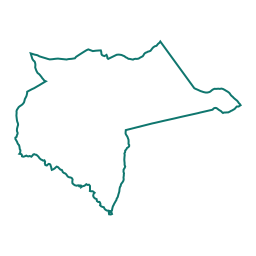 Juti, Mato Grosso do Sul, Brazil (orthographic projection)
{"feature_id": "56859067B65010940731000", "entity_name": "Juti", "entity_type": "district", "adm_level": 2, "iso_a3": "BRA", "parent_name": "Brazil", "parent_adm1": "Mato Grosso do Sul", "projection": "orthographic", "projection_center": [-54.491, -22.818], "detail": "fine", "context": "isolated", "style": "outline", "palette": "teal", "viewbox_px": 256, "rotation_deg": 0, "n_neighbors": 0, "source": "geoboundaries", "source_scale": "gbopen_adm2", "svg_char_len": 4320}
<svg xmlns="http://www.w3.org/2000/svg" viewBox="0 0 256 256"><path d="M110.8,214.5L112.0,214.0L111.5,212.5L110.1,212.1L110.9,211.0L111.9,210.6L112.2,209.1L112.5,207.7L112.9,206.3L113.6,205.1L114.0,204.1L115.7,201.1L116.4,200.0L116.7,198.6L117.6,197.3L118.1,195.7L118.4,194.4L118.9,192.9L119.3,191.5L119.5,189.5L119.7,188.1L120.0,187.0L120.7,185.9L120.9,184.6L121.4,183.6L122.4,182.4L123.4,180.7L123.7,179.3L123.5,177.5L123.8,175.6L123.8,174.5L124.0,173.3L123.5,171.9L123.6,169.6L124.6,168.0L125.2,166.6L124.6,164.9L124.6,162.9L124.4,161.1L124.3,159.7L124.4,158.1L124.5,156.7L124.7,155.0L124.4,153.4L125.1,152.2L125.2,150.6L126.3,149.4L127.0,148.0L128.3,147.2L129.1,146.3L129.2,145.0L128.5,143.9L128.6,141.7L128.5,139.7L127.8,137.8L127.3,136.5L126.5,135.4L125.6,133.7L125.6,132.2L125.8,130.1L152.4,123.4L154.3,123.0L157.8,122.2L164.7,120.6L174.2,118.5L181.0,116.9L198.1,113.1L200.4,112.5L212.6,109.7L213.3,108.8L214.3,108.1L215.4,107.9L216.5,108.1L217.5,108.8L218.6,109.7L219.9,110.5L221.1,111.2L222.0,112.2L223.0,113.0L224.0,112.5L225.6,112.5L227.0,112.4L228.2,112.4L229.7,111.7L231.0,110.9L232.0,110.5L233.0,109.9L233.9,109.4L234.8,108.8L235.7,107.7L236.8,106.5L238.7,106.5L239.5,105.9L240.6,105.2L239.8,104.0L238.9,103.2L238.0,101.8L237.1,100.7L235.7,99.6L233.8,98.0L232.8,96.9L231.7,96.0L230.9,95.2L230.3,94.3L229.4,93.0L228.3,92.1L227.2,91.4L225.8,90.6L224.7,89.9L223.0,89.0L221.5,88.6L219.7,88.9L218.3,88.7L216.4,88.9L214.5,88.8L213.1,89.4L211.9,90.2L210.4,91.5L209.2,92.1L207.5,92.5L205.6,92.5L204.1,92.2L203.0,91.9L201.9,91.5L200.6,91.1L199.1,90.4L197.8,89.8L196.4,89.2L195.2,88.7L194.2,88.1L160.3,41.5L159.6,42.6L158.1,43.8L156.5,45.8L154.8,46.3L153.3,47.3L152.3,48.4L151.4,49.6L150.5,50.8L149.0,51.4L147.8,51.7L146.6,52.4L145.4,52.8L144.2,53.9L143.5,55.2L142.7,56.3L141.3,57.0L139.8,57.8L138.6,58.6L136.9,58.9L135.3,58.8L134.0,59.1L133.0,59.6L131.5,59.3L129.7,58.9L128.4,58.8L127.1,57.9L125.6,57.2L124.4,56.2L122.9,55.6L121.6,55.0L119.8,54.7L118.2,54.6L116.6,54.8L108.2,58.9L107.3,57.9L107.3,56.8L106.5,54.9L104.5,56.1L103.0,55.6L102.1,55.1L101.5,54.2L101.2,51.7L100.8,50.4L98.8,50.5L95.9,50.7L92.8,51.1L90.2,50.1L88.3,49.4L86.5,50.2L83.9,51.8L80.1,54.2L76.1,56.8L74.9,58.3L73.0,58.6L71.7,58.8L68.3,59.1L66.6,59.5L64.7,59.3L59.8,58.8L58.0,58.6L55.4,58.8L52.4,59.2L49.7,59.4L47.7,58.9L46.2,58.4L42.5,57.3L39.3,56.3L37.8,55.4L36.6,55.0L34.9,54.7L33.0,54.1L30.7,53.4L32.3,58.8L33.4,60.5L34.4,61.3L34.9,62.2L35.3,63.8L35.4,65.0L35.2,67.5L35.6,68.6L36.0,69.8L36.6,71.2L37.6,73.0L39.2,74.2L40.0,75.1L40.7,76.0L41.5,77.0L42.2,78.1L43.2,79.2L44.3,80.6L45.8,81.3L34.1,88.2L31.9,89.2L27.2,91.7L27.1,93.4L26.7,95.1L26.4,96.2L25.6,97.7L24.8,99.2L24.6,100.3L24.0,102.4L23.2,103.5L22.3,104.5L20.9,105.5L19.8,106.2L18.7,107.1L17.8,108.5L16.9,109.9L16.5,111.2L16.6,112.8L16.4,115.6L16.6,117.4L16.8,119.1L17.0,120.6L17.3,121.8L17.9,123.3L18.1,124.9L17.7,126.1L17.0,128.8L16.9,130.4L17.1,131.6L17.6,132.6L17.6,133.8L16.9,135.2L16.6,136.8L15.4,137.6L15.4,139.0L16.3,140.5L17.1,141.9L17.5,143.1L18.2,144.3L19.0,145.1L19.4,146.4L19.6,147.8L19.8,149.2L20.4,150.2L20.3,151.5L20.1,152.9L19.4,153.8L21.4,154.2L21.9,155.1L22.0,156.3L23.2,156.7L24.2,156.5L25.2,156.1L26.3,155.6L27.3,156.2L28.5,156.4L29.7,156.0L31.4,156.7L32.6,155.4L33.4,154.4L34.4,154.2L35.3,154.7L36.4,154.8L37.2,155.5L38.5,156.7L39.4,158.1L40.5,159.1L41.3,159.7L42.2,160.0L43.2,160.7L44.4,160.3L45.1,161.6L44.8,163.3L45.4,165.1L46.8,165.5L47.5,164.8L48.7,163.9L49.8,164.1L50.5,165.0L50.8,166.2L51.3,167.6L51.4,168.7L51.8,169.9L53.3,169.3L54.7,168.4L55.7,167.4L56.7,166.6L58.1,167.2L58.8,168.0L59.6,168.8L60.5,169.7L61.8,169.9L62.4,171.1L62.8,172.1L64.0,173.0L65.3,173.5L66.1,174.2L66.7,175.0L67.7,176.5L69.2,177.3L70.7,177.5L71.8,178.1L72.6,179.4L72.4,180.8L72.3,181.9L72.5,183.4L73.9,184.6L75.0,185.3L76.6,185.7L78.2,185.3L79.2,186.3L79.9,185.4L81.0,185.6L81.1,187.2L82.2,186.4L83.1,186.1L84.1,185.9L85.1,185.3L86.3,184.2L87.4,184.9L89.0,184.7L90.0,186.0L90.0,188.0L90.0,189.4L89.9,191.0L91.1,191.3L92.2,191.2L93.1,191.5L94.6,192.8L93.7,193.6L93.2,195.4L93.4,196.6L94.1,197.6L95.1,198.5L96.6,199.1L96.9,201.0L98.2,202.0L99.5,201.9L100.1,202.9L100.5,204.1L100.0,205.2L101.1,206.3L102.5,206.9L103.8,207.2L104.5,208.7L105.2,209.5L106.2,210.2L107.3,210.7L108.3,210.6L109.4,210.9L108.8,212.4L109.1,214.3L110.8,214.5Z" fill="none" stroke="#0f766e" stroke-width="2"/></svg>